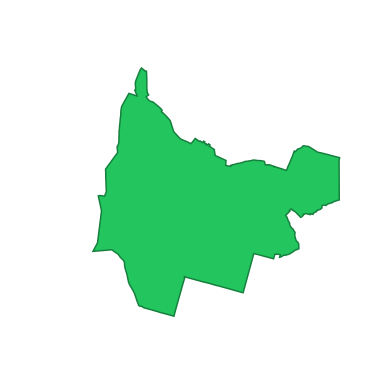 outline of Zwartewaterland, Overijssel, Netherlands, rotated 310°
{"feature_id": "6326949B58737844931960", "entity_name": "Zwartewaterland", "entity_type": "district", "adm_level": 2, "iso_a3": "NLD", "parent_name": "Netherlands", "parent_adm1": "Overijssel", "projection": "albers", "projection_center": [6.086, 52.61], "detail": "fine", "context": "isolated", "style": "filled", "palette": "green", "viewbox_px": 384, "rotation_deg": 310, "n_neighbors": 0, "source": "geoboundaries", "source_scale": "gbopen_adm2", "svg_char_len": 5758}
<svg xmlns="http://www.w3.org/2000/svg" viewBox="0 0 384 384"><g transform="rotate(310 192 192)"><path d="M146.1,292.5L147.7,295.9L184.6,278.9L185.6,281.1L185.9,281.6L186.1,281.9L188.1,286.2L188.8,287.9L189.0,288.2L189.3,288.9L189.8,290.0L190.0,290.3L193.3,297.4L197.5,295.5L199.5,297.6L200.7,300.0L198.3,301.1L199.9,302.1L201.9,302.7L202.9,303.1L203.3,304.0L206.9,306.4L211.0,307.8L213.7,308.4L214.3,308.8L214.8,309.0L215.0,309.3L215.5,309.4L217.2,310.4L220.9,307.0L221.2,306.1L221.5,305.4L221.5,304.4L221.7,303.3L222.1,302.4L223.8,299.9L224.8,298.6L225.4,298.0L225.6,297.9L226.6,297.5L227.2,297.0L227.4,296.6L227.6,296.1L227.9,294.5L228.2,294.2L228.3,293.8L228.6,292.5L228.5,292.1L228.6,291.1L228.8,290.1L229.1,289.0L229.6,288.3L230.8,286.8L231.3,286.1L231.7,284.5L233.2,281.9L233.7,281.0L233.9,280.1L234.4,278.9L234.4,278.7L235.7,278.9L240.3,279.3L240.3,278.5L242.8,278.7L242.6,280.7L242.7,281.3L243.0,281.2L243.2,284.3L242.8,287.8L242.6,290.3L242.4,291.3L242.5,291.5L242.8,291.7L243.9,292.1L245.4,292.2L245.9,292.1L246.4,291.9L246.6,291.7L246.8,292.2L247.1,292.2L248.4,292.9L248.6,293.0L249.0,293.7L249.5,295.0L249.9,295.8L250.1,296.1L250.4,296.3L250.9,296.5L250.8,296.9L251.4,296.7L251.5,297.0L251.7,296.9L251.9,297.6L252.7,299.1L253.9,298.5L254.6,298.9L256.9,299.9L257.2,299.9L257.6,299.7L257.8,299.7L257.7,299.5L257.9,299.5L258.3,299.9L258.7,300.1L258.8,300.0L258.9,299.9L259.5,299.9L260.1,300.8L260.4,301.0L261.1,301.4L261.5,301.5L261.8,301.5L262.1,301.6L262.5,301.7L263.3,301.7L263.5,301.7L264.3,300.8L264.7,300.5L265.1,300.5L265.9,300.8L266.7,301.3L266.9,301.5L267.4,302.3L267.3,302.5L267.5,302.9L267.9,303.3L269.0,303.5L269.7,303.6L270.0,303.7L272.6,305.3L273.4,305.9L274.5,306.6L274.9,306.4L276.0,306.9L280.6,309.9L298.4,294.8L310.6,284.5L311.0,284.2L313.2,283.0L312.9,282.4L312.5,281.7L310.4,277.2L306.8,269.5L304.8,265.5L304.6,265.2L304.2,264.4L303.3,262.6L303.2,262.3L302.6,257.5L301.8,252.0L301.5,251.4L301.4,251.3L301.1,251.1L300.9,250.9L300.2,249.4L299.1,247.8L298.8,247.5L298.5,247.4L297.8,247.4L296.2,247.3L294.6,246.6L293.7,246.0L292.8,245.3L292.5,245.3L291.1,245.4L290.8,245.3L290.4,245.2L290.0,245.3L289.2,245.2L289.0,244.9L289.3,244.6L289.2,244.2L288.9,244.0L288.0,244.4L287.7,244.5L283.8,246.0L280.3,247.0L277.1,248.1L274.0,248.9L270.8,250.0L269.2,250.4L267.9,247.1L267.6,246.5L267.4,245.6L267.1,245.2L266.7,244.2L265.0,240.1L264.8,239.6L264.3,239.2L264.7,239.1L262.6,233.8L261.5,232.5L261.2,232.4L261.1,232.2L261.0,231.9L260.9,231.7L260.5,231.6L260.3,231.1L260.2,230.9L260.1,230.7L260.1,230.0L261.3,229.0L261.4,228.9L261.5,228.5L261.6,228.3L261.9,227.5L260.6,225.2L260.1,224.3L259.7,223.8L259.2,223.3L257.8,221.2L256.8,219.6L255.7,218.2L254.8,217.7L251.1,214.6L249.6,213.1L249.4,212.9L248.7,212.6L247.9,212.2L246.4,211.2L245.4,210.5L243.7,209.2L243.3,208.6L242.6,208.2L241.9,207.7L241.5,207.6L240.3,206.6L237.5,204.6L236.8,205.2L236.7,205.0L236.8,205.0L236.7,204.9L236.7,205.0L236.5,204.6L235.8,204.2L235.7,203.9L234.3,201.2L234.1,200.6L238.0,197.8L234.9,186.3L238.4,182.2L238.5,182.1L238.9,181.9L238.5,178.7L238.5,177.9L238.3,176.1L238.2,175.6L238.5,175.5L239.6,175.6L239.7,175.3L239.5,173.7L237.9,173.6L237.7,173.0L237.7,172.7L237.9,172.2L238.1,172.0L238.1,171.9L238.0,171.7L237.5,171.6L237.7,171.4L237.6,170.5L237.6,169.7L238.6,169.6L238.5,168.3L236.6,168.3L236.5,167.7L236.5,167.1L236.4,166.6L236.4,166.2L236.3,165.6L236.1,165.1L235.6,164.7L235.3,164.6L235.2,164.1L235.2,163.4L235.2,162.3L235.3,162.3L235.2,161.8L235.2,161.6L235.1,160.0L231.5,160.2L229.3,160.2L229.0,160.0L228.2,160.0L227.9,158.5L227.7,157.3L227.3,155.9L226.2,152.4L225.8,151.0L225.2,149.0L225.7,145.0L225.7,144.9L225.9,143.5L226.0,142.6L226.4,139.5L226.7,138.9L229.6,134.3L229.9,133.8L231.4,131.5L232.0,130.4L232.7,129.3L233.5,124.2L233.9,118.7L233.9,117.2L234.0,116.8L235.4,116.6L235.5,116.1L235.8,114.4L235.9,113.5L235.9,111.3L235.9,110.6L235.9,105.7L235.9,104.3L234.9,102.2L234.6,100.5L234.5,99.7L235.0,97.5L235.3,96.6L235.6,95.6L238.5,96.4L239.0,94.6L240.3,92.9L241.7,91.5L242.7,90.5L248.8,85.4L254.9,79.8L255.0,79.7L255.3,79.4L254.4,78.3L254.6,78.0L254.5,73.6L253.3,73.7L252.3,73.8L249.5,74.7L242.9,76.8L241.0,77.5L239.4,78.3L238.6,78.9L237.9,79.5L237.2,80.2L236.1,81.4L233.7,83.3L233.3,82.7L233.2,82.7L231.4,86.2L231.5,86.6L230.2,88.1L227.9,82.4L227.6,81.9L227.5,81.5L227.0,80.3L212.4,83.1L209.0,85.0L204.2,88.6L201.8,90.1L201.5,90.3L201.2,90.6L200.4,91.1L199.8,91.5L198.4,92.5L197.7,93.0L197.2,93.2L196.3,93.9L195.0,94.8L193.7,95.8L191.5,97.2L188.3,99.8L186.2,101.4L185.8,101.9L183.4,103.7L182.5,104.3L182.0,104.6L180.7,105.1L179.1,105.5L178.5,105.5L174.4,109.7L159.4,110.7L153.9,111.1L153.7,111.2L153.4,111.6L152.9,112.1L149.9,114.7L148.3,116.1L141.9,121.9L137.0,126.3L136.8,126.4L135.8,126.6L132.6,127.7L132.1,127.0L132.1,126.9L132.0,126.7L131.2,125.3L129.8,123.4L129.5,123.2L129.3,123.1L129.1,122.9L128.8,122.7L119.4,134.8L92.3,152.3L82.9,154.3L96.2,167.7L96.5,172.4L96.8,174.6L96.8,175.4L96.7,176.2L95.9,178.9L95.8,180.1L95.6,182.7L95.5,183.6L95.2,184.5L94.8,185.2L93.9,186.2L93.1,186.9L91.0,189.2L89.8,190.9L87.7,194.2L87.1,195.1L85.0,197.7L83.0,200.3L81.9,201.7L81.4,202.7L80.8,203.9L78.9,209.4L77.5,212.8L76.8,214.0L74.8,217.3L73.4,219.5L72.6,221.0L71.4,223.2L70.8,224.0L70.9,224.5L71.0,225.0L71.1,225.6L71.6,226.2L72.0,227.1L72.2,227.3L72.2,228.4L72.4,229.7L73.9,232.8L78.6,243.3L78.9,244.2L79.6,245.8L82.3,251.5L83.7,254.6L84.9,257.2L85.2,258.0L94.0,253.9L116.0,244.0L122.1,241.4L122.2,241.2L122.0,240.6L122.3,240.5L122.3,240.8L126.7,250.5L127.2,251.6L128.4,254.1L130.6,259.0L131.7,260.9L131.8,261.0L132.3,262.1L132.2,262.1L133.3,264.4L133.4,264.7L133.5,264.7L133.6,265.0L133.9,265.6L134.3,266.8L134.4,267.0L136.0,270.6L137.2,272.8L139.1,277.1L139.4,277.7L143.3,286.3L146.1,292.5Z" fill="#22c55e" stroke="#15803d" stroke-width="1.5"/></g></svg>